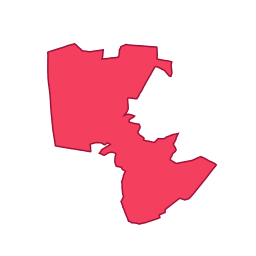 Al-Nasiriya, Dhi-Qar, Iraq (Equal Earth projection), rotated 74°
{"feature_id": "34846034B33180945258667", "entity_name": "Al-Nasiriya", "entity_type": "district", "adm_level": 2, "iso_a3": "IRQ", "parent_name": "Iraq", "parent_adm1": "Dhi-Qar", "projection": "equal_earth", "projection_center": [46.263, 31.12], "detail": "fine", "context": "isolated", "style": "filled", "palette": "rose", "viewbox_px": 256, "rotation_deg": 74, "n_neighbors": 0, "source": "geoboundaries", "source_scale": "gbopen_adm2", "svg_char_len": 4075}
<svg xmlns="http://www.w3.org/2000/svg" viewBox="0 0 256 256"><g transform="rotate(74 128 128)"><path d="M222.9,122.0L220.2,122.1L219.8,118.6L219.5,117.5L219.5,115.7L216.6,114.7L210.8,100.4L209.8,97.6L212.8,93.2L212.7,88.9L209.8,84.0L205.0,77.2L196.8,65.6L191.8,58.9L190.9,57.7L189.2,55.1L187.8,53.3L186.1,54.4L183.8,56.9L182.0,59.1L179.8,61.2L177.8,63.2L175.6,65.9L175.9,69.2L176.5,72.7L176.8,75.2L176.6,78.2L176.3,81.5L176.0,84.6L175.7,87.8L175.4,91.4L173.5,93.2L171.9,94.7L170.3,96.1L168.4,95.3L167.3,93.9L165.0,92.2L163.7,89.3L162.4,87.8L160.0,87.9L157.7,88.7L155.8,88.8L154.3,87.1L152.3,85.3L150.0,83.8L148.3,82.2L147.1,81.2L147.0,84.2L146.7,86.2L146.8,88.5L147.0,89.8L147.1,91.1L147.3,93.8L148.1,95.5L148.1,97.0L147.4,99.1L146.5,102.1L147.5,103.7L148.0,104.2L148.4,105.6L149.0,106.1L149.1,106.9L148.2,108.5L147.0,110.5L146.1,112.4L145.1,114.6L143.7,116.4L142.1,115.4L140.3,116.6L138.0,118.7L136.1,119.4L134.4,119.8L133.4,118.4L131.8,116.9L129.9,116.0L127.4,116.3L126.5,118.3L125.3,120.8L124.2,122.7L122.4,125.4L121.0,124.8L120.3,124.3L119.6,121.8L119.1,119.6L118.3,118.4L116.4,120.9L114.8,124.0L114.6,126.2L114.8,128.0L113.0,125.5L111.2,123.8L109.8,122.6L106.4,121.7L103.1,121.1L100.8,120.6L99.7,120.2L99.1,119.5L100.0,117.1L101.0,114.8L102.0,112.6L102.3,111.5L100.3,109.1L98.0,107.2L96.4,105.1L94.3,103.1L92.4,101.4L90.5,99.4L88.6,97.6L87.1,96.1L84.8,93.7L82.6,91.3L80.2,89.0L78.5,87.1L77.1,85.7L76.5,84.9L76.8,83.8L78.6,81.4L80.7,79.4L82.3,77.4L84.0,76.4L86.9,75.2L89.4,74.0L90.2,72.6L87.6,70.8L85.2,70.2L81.9,69.7L79.4,69.2L76.5,67.7L74.8,70.5L73.3,73.9L71.4,77.8L69.6,81.1L66.4,79.9L64.1,79.3L58.3,78.0L57.6,79.3L57.1,81.0L55.3,85.9L52.8,92.3L51.5,96.0L50.9,97.7L49.5,101.5L48.0,105.3L47.2,106.8L47.2,107.8L47.5,109.0L47.7,111.4L47.9,112.4L49.2,113.3L49.9,114.1L50.5,114.7L51.8,115.1L54.7,116.2L56.0,116.8L57.1,117.7L57.1,119.1L56.7,121.8L56.0,124.6L55.8,127.2L55.1,130.8L54.5,133.9L52.1,132.6L48.1,131.1L46.0,130.2L45.8,132.4L44.9,138.3L44.2,143.9L43.5,145.2L42.6,147.4L41.1,150.9L39.5,151.5L37.4,153.0L35.8,153.9L34.5,154.6L32.3,156.1L32.3,159.0L32.2,163.0L32.6,168.2L32.6,171.7L32.8,177.9L32.9,182.6L33.1,184.3L33.9,184.4L36.8,185.1L40.9,186.4L42.8,186.9L47.1,188.2L52.1,189.6L55.8,190.5L56.8,190.8L58.3,191.1L61.3,191.7L63.5,192.1L65.9,192.4L68.2,192.8L70.3,193.1L74.4,193.8L77.3,194.4L79.7,194.8L81.9,195.4L87.7,196.7L92.2,197.6L98.4,198.7L100.6,199.2L103.3,199.6L108.7,200.6L113.7,201.2L125.1,202.7L125.3,202.4L126.0,200.8L126.7,199.7L127.4,198.1L128.1,196.8L128.8,195.3L129.7,193.3L130.5,191.6L131.5,189.6L132.4,187.8L133.1,185.9L133.8,184.4L134.4,183.3L135.2,181.5L136.0,180.2L136.9,177.9L137.4,176.8L138.1,175.4L139.0,173.7L139.7,172.2L140.4,170.5L139.8,170.0L138.6,170.0L137.6,169.7L136.5,169.4L134.9,169.1L133.2,168.9L133.1,167.4L133.2,163.3L133.6,161.8L134.1,160.1L134.7,158.2L135.8,156.9L137.4,155.6L137.8,154.8L137.2,153.3L136.6,151.9L137.1,151.3L138.9,149.6L139.6,151.6L139.7,152.4L140.1,153.8L140.7,155.7L141.2,157.7L141.8,159.5L142.7,160.3L143.8,161.7L144.4,162.5L145.5,160.9L146.7,159.8L147.7,158.3L147.5,157.5L147.1,156.1L146.5,153.9L146.5,151.9L146.9,149.9L147.7,148.6L149.0,146.8L149.8,146.8L151.3,147.9L153.2,148.7L155.3,149.5L157.2,150.0L158.3,150.1L159.4,149.9L160.3,149.9L161.4,149.8L161.8,149.2L162.5,148.0L163.2,146.6L163.9,145.2L164.3,145.1L165.7,145.0L166.3,144.8L167.1,144.1L168.0,143.1L169.0,142.4L169.7,143.1L170.4,143.9L171.3,144.4L172.2,145.4L173.2,145.8L174.5,146.5L175.6,147.3L177.0,148.1L177.9,149.0L179.4,149.0L181.2,149.4L183.2,150.0L185.0,150.4L186.9,150.7L189.5,151.2L191.0,151.2L191.9,151.2L192.8,151.2L193.5,151.9L194.1,152.5L194.9,153.1L195.6,153.9L196.1,154.4L197.0,155.0L198.4,154.7L199.5,154.8L201.1,154.5L202.6,154.8L204.2,154.4L206.8,154.2L210.5,153.9L213.8,153.4L217.7,153.2L217.8,153.2L217.9,152.6L218.1,152.2L218.5,152.0L218.9,151.5L219.5,151.2L220.0,150.8L220.4,149.8L220.7,148.9L221.5,146.9L222.5,145.1L222.9,144.5L223.2,144.0L223.5,143.5L223.5,142.9L223.5,141.8L223.6,140.0L223.8,137.5L223.6,133.9L223.5,129.7L223.2,124.5L223.0,122.6L222.9,122.0Z" fill="#f43f5e" stroke="#9f1239" stroke-width="1.5"/></g></svg>